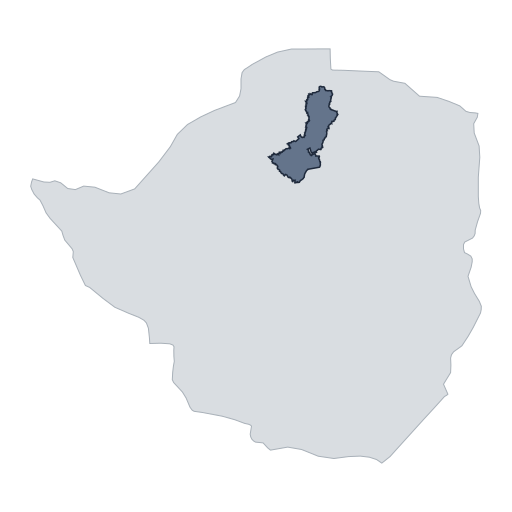 Makonde, Mashonaland West, Zimbabwe shown in context
{"feature_id": "62879985B9452203972303", "entity_name": "Makonde", "entity_type": "district", "adm_level": 2, "iso_a3": "ZWE", "parent_name": "Zimbabwe", "parent_adm1": "Mashonaland West", "projection": "mercator", "projection_center": [29.982, -17.062], "detail": "fine", "context": "in_parent", "style": "filled", "palette": "slate", "viewbox_px": 512, "rotation_deg": 0, "n_neighbors": 0, "source": "geoboundaries", "source_scale": "gbopen_adm2", "svg_char_len": 8036}
<svg xmlns="http://www.w3.org/2000/svg" viewBox="0 0 512 512"><path d="M381.8,463.1L376.5,459.5L369.4,457.2L360.2,456.1L348.4,456.6L333.9,458.5L318.2,456.2L301.6,449.5L287.7,447.1L271.2,450.0L270.4,450.1L267.6,447.8L263.1,442.9L255.5,442.1L253.5,440.9L251.8,439.1L250.7,436.8L250.2,434.2L251.5,426.2L250.8,425.3L248.8,424.3L244.7,423.4L234.7,419.7L222.2,416.2L201.9,412.4L194.1,411.3L192.2,410.2L190.0,407.2L186.1,398.0L182.4,392.0L173.7,382.6L172.3,379.7L172.7,372.3L173.4,366.3L174.3,361.3L173.9,356.5L173.8,350.6L174.0,346.7L172.9,345.0L169.7,343.8L160.7,343.2L149.8,343.5L149.4,337.5L148.4,328.2L146.4,322.9L143.9,320.2L138.8,317.3L128.7,313.3L114.9,307.3L103.1,298.5L89.6,287.4L85.4,285.5L80.4,275.2L72.8,257.5L73.3,251.6L72.1,248.8L64.8,240.1L63.1,235.6L61.8,231.1L50.1,218.4L46.1,212.9L43.0,205.8L40.0,200.1L37.4,197.8L34.1,194.0L31.8,189.6L30.7,186.3L31.6,181.9L32.7,178.9L43.9,182.0L50.0,182.3L54.8,180.8L60.7,182.8L67.7,188.5L75.4,189.6L83.7,186.1L94.9,187.2L109.1,192.8L120.8,194.0L134.7,188.9L147.2,174.9L158.9,161.8L170.4,146.6L177.3,134.4L187.5,124.5L200.9,116.8L214.6,110.4L235.5,102.5L239.6,96.0L241.0,88.8L241.0,79.0L242.1,72.6L244.3,69.6L247.8,67.4L252.2,64.4L266.0,56.9L277.5,52.1L291.6,49.0L306.9,49.0L321.7,48.9L330.1,48.9L330.3,58.4L330.9,69.1L332.6,70.1L343.7,70.3L361.6,71.1L378.8,71.8L389.8,79.6L393.5,81.2L404.9,83.3L419.5,96.2L437.1,97.4L449.2,101.5L459.8,105.9L465.9,111.3L469.9,112.5L475.3,112.9L477.9,113.4L477.3,117.2L473.7,123.7L474.2,133.0L479.1,146.0L479.8,157.3L478.3,177.2L478.3,196.5L478.8,203.4L479.6,208.0L480.7,210.5L480.5,213.4L477.6,221.5L475.2,230.1L475.1,233.5L474.2,235.9L472.5,238.1L464.8,242.0L463.5,244.5L463.5,248.9L464.5,252.6L467.4,254.0L470.8,256.1L472.2,258.9L472.2,261.8L471.1,267.3L468.0,276.3L471.1,286.7L474.5,293.5L479.3,301.3L481.3,306.2L481.2,309.6L480.5,313.0L473.3,327.3L468.2,336.2L461.9,345.8L453.6,351.8L451.5,354.7L450.6,358.0L450.9,365.1L450.6,372.6L443.5,384.2L447.9,394.2L446.9,395.1L444.5,396.5L434.3,407.8L423.9,419.1L416.4,427.4L407.8,436.9L398.2,447.5L390.0,456.6L381.8,463.1Z" fill="#d9dde1" stroke="#a8b0b8" stroke-width="1"/><path d="M320.8,149.6L321.1,149.2L321.0,148.5L321.5,147.9L321.9,147.6L322.4,147.7L322.7,147.5L322.6,146.9L322.1,146.7L322.0,146.4L322.0,146.1L322.4,145.8L321.9,144.2L322.6,143.2L322.7,142.6L323.1,141.9L323.0,140.3L324.2,139.8L324.4,138.4L325.1,138.0L325.1,137.4L325.5,137.1L326.3,136.7L326.3,136.2L326.5,135.6L326.3,135.1L326.7,134.4L326.8,133.1L326.5,131.3L326.8,130.8L327.2,130.7L326.8,130.2L326.8,129.6L327.1,129.3L327.0,129.1L327.9,128.5L329.0,128.6L328.9,127.8L328.3,127.7L328.7,127.0L328.1,126.7L328.1,126.4L328.7,125.8L329.0,125.1L329.5,124.6L330.1,124.4L330.6,123.5L331.4,123.4L331.7,123.6L331.7,122.7L331.8,122.3L331.8,121.6L332.0,121.3L332.6,121.5L333.9,121.3L334.0,120.3L334.6,119.8L335.0,119.8L335.3,119.4L335.5,118.7L335.3,118.1L336.5,116.7L336.7,116.1L337.4,115.3L337.2,114.8L337.8,114.4L337.6,114.1L337.2,114.1L337.3,113.5L336.8,112.4L337.0,111.5L336.3,111.7L336.0,111.2L334.5,110.9L333.6,110.4L333.1,110.4L332.7,110.0L331.7,109.9L331.2,109.3L330.8,109.5L330.5,109.4L330.1,108.7L330.1,108.0L329.1,107.1L328.8,106.2L329.1,105.0L329.6,104.4L329.2,103.9L329.7,103.3L329.7,102.3L330.1,102.1L330.2,101.5L330.8,101.4L330.6,99.9L330.9,99.3L330.8,98.7L331.2,98.2L331.3,97.5L330.7,96.8L331.4,96.4L331.4,96.0L331.7,95.9L332.3,95.0L332.6,94.1L332.1,93.6L332.0,92.8L331.4,91.8L331.6,91.5L331.5,91.3L331.5,90.8L328.9,90.6L328.0,90.9L327.1,90.6L325.8,90.6L325.5,90.3L325.6,89.9L325.4,89.5L324.7,89.2L324.7,87.9L324.3,87.1L323.2,86.7L321.9,87.0L321.3,86.5L320.8,86.3L319.8,86.5L319.2,87.0L319.2,88.4L319.6,89.0L319.1,89.4L319.4,90.2L319.3,90.7L318.7,91.4L316.7,91.8L315.6,92.6L312.5,92.8L311.9,93.8L312.2,94.4L312.0,94.7L311.0,94.4L310.1,93.7L309.9,94.3L308.9,94.1L309.1,94.7L308.9,95.6L308.7,95.7L308.2,95.5L307.8,96.1L308.0,96.4L308.5,96.6L308.3,97.0L308.6,97.4L308.4,97.5L308.0,97.3L307.6,97.6L307.7,99.4L307.1,99.8L307.4,100.0L307.1,100.3L306.8,100.1L306.8,100.8L306.6,100.9L306.4,100.8L306.1,101.0L306.0,101.7L305.7,101.6L305.9,102.0L306.7,102.3L306.3,103.2L306.8,103.3L306.9,103.7L306.2,103.9L306.0,104.3L306.0,105.1L306.3,105.7L305.7,106.1L306.1,106.6L305.6,107.0L306.0,107.7L306.0,108.2L305.8,108.2L305.8,108.6L305.3,109.6L305.8,110.0L305.9,110.4L305.7,110.6L306.4,111.3L306.3,111.7L306.9,112.4L306.9,112.9L307.4,112.5L307.6,112.5L307.5,113.1L308.0,114.3L308.0,115.0L307.8,115.2L308.4,115.6L308.4,116.4L308.8,116.4L308.8,116.9L309.1,117.0L308.9,118.9L309.1,119.4L308.6,119.7L308.7,120.0L309.2,120.4L308.4,120.8L308.3,121.1L308.6,121.4L307.6,121.6L307.8,122.0L307.3,122.1L307.3,122.6L306.8,122.7L307.0,123.0L306.1,123.1L306.8,123.8L306.2,124.2L306.4,124.7L306.2,125.1L306.3,125.3L306.0,125.6L305.9,126.4L306.3,126.8L305.8,127.2L306.7,127.8L306.3,128.3L306.3,128.8L306.1,128.8L306.2,129.1L305.9,129.3L306.1,129.5L305.8,129.8L305.9,130.1L305.7,130.2L305.7,130.7L305.4,131.1L305.6,131.6L305.3,131.9L305.4,132.1L305.0,132.8L304.7,132.9L305.0,133.8L304.5,134.4L305.0,135.2L304.5,135.2L304.4,135.9L304.6,136.2L304.5,136.4L304.2,136.3L304.2,136.6L304.0,137.3L303.5,137.1L303.1,137.3L302.5,137.2L302.2,137.5L301.8,137.2L301.4,137.1L300.6,135.8L300.3,134.9L297.7,136.9L298.9,138.6L295.7,141.5L293.9,140.8L293.7,141.3L293.2,141.6L292.7,141.5L292.1,141.8L291.7,141.7L291.3,142.6L291.0,142.8L290.7,142.6L290.3,142.6L290.0,142.9L289.9,142.7L289.4,142.8L288.7,143.3L288.4,143.1L288.0,143.8L287.9,143.5L287.6,143.7L287.8,143.8L287.6,143.9L288.3,144.2L288.3,144.4L288.5,144.3L288.8,145.0L289.1,145.1L289.0,145.3L289.3,145.5L289.1,145.8L289.4,146.8L289.9,146.9L290.0,147.2L290.3,147.4L290.4,147.7L289.9,147.6L290.0,147.9L289.8,147.9L289.8,148.1L289.5,147.9L289.4,148.4L288.9,148.0L287.6,148.7L286.0,148.7L285.4,149.4L284.8,149.6L284.6,149.9L284.6,150.1L284.1,150.3L283.8,150.8L283.2,150.3L282.8,151.3L282.1,151.6L282.1,152.2L281.2,152.2L281.3,152.4L280.9,152.8L280.4,152.2L280.2,152.3L279.8,152.6L280.0,152.7L279.9,153.0L279.7,152.8L279.7,153.1L279.5,152.9L279.5,153.1L279.2,153.1L279.2,153.3L278.9,153.2L278.8,153.3L278.8,153.5L278.5,153.5L278.5,154.2L278.2,153.8L278.4,154.4L277.8,154.1L277.8,154.3L277.2,154.3L277.4,154.5L277.1,154.5L277.3,154.8L276.8,154.5L276.7,154.8L276.2,154.6L276.0,154.3L275.4,154.4L273.8,153.2L273.6,153.7L273.8,154.0L273.5,154.1L273.6,154.6L273.0,154.8L272.3,154.5L272.1,154.6L272.4,155.1L272.0,155.3L271.6,155.8L271.7,156.3L271.5,156.7L271.0,156.5L270.3,156.6L270.1,156.3L269.6,156.4L269.5,157.0L268.6,157.0L268.9,157.4L269.8,157.8L270.1,158.5L270.7,159.0L271.8,159.4L272.9,159.0L272.7,159.9L271.9,161.3L272.7,162.6L272.5,162.9L272.9,163.1L273.2,163.0L273.6,163.3L273.9,163.1L274.3,163.4L274.2,163.8L274.5,163.9L275.5,163.6L275.8,164.1L275.5,164.3L275.5,164.7L276.7,164.9L277.0,165.2L277.8,166.3L277.4,166.9L277.6,167.4L277.3,167.9L277.4,168.4L277.9,168.8L278.1,169.4L279.2,169.6L279.7,170.2L279.7,170.5L279.5,171.2L280.7,171.7L280.9,172.6L281.6,173.5L282.5,173.5L283.0,173.9L283.4,174.9L284.0,175.1L284.0,175.6L284.4,175.9L285.0,175.2L285.3,174.5L285.7,174.4L285.9,174.7L286.9,175.0L288.2,177.3L289.3,177.7L289.8,177.1L290.7,177.7L290.9,178.3L291.7,178.9L292.1,179.9L292.1,181.0L292.8,181.6L293.7,180.2L294.2,180.4L295.1,180.3L294.8,181.2L295.1,181.7L294.8,182.6L294.9,182.9L296.4,182.6L296.8,182.1L297.3,181.8L297.5,181.8L297.7,182.5L298.0,182.5L299.3,182.3L300.5,180.4L301.4,180.0L303.2,178.6L303.6,177.8L304.2,177.2L304.2,176.5L304.7,173.9L306.6,170.5L307.8,169.6L307.8,169.3L319.5,167.2L320.0,166.4L320.0,165.8L320.4,165.1L320.3,163.3L320.1,162.7L320.5,162.2L320.3,161.7L319.7,161.3L319.4,159.3L318.8,159.0L318.6,158.2L318.6,157.7L319.1,157.6L319.1,157.1L319.4,156.5L319.3,156.1L315.8,156.0L315.9,155.5L315.3,154.5L314.5,153.7L312.5,154.6L312.0,154.4L311.6,155.6L311.2,155.6L310.7,154.9L310.3,154.8L310.0,154.2L310.1,153.8L309.5,153.3L309.3,152.2L308.9,151.9L308.5,152.0L308.5,150.2L307.4,149.3L309.9,148.0L311.3,152.5L312.6,153.3L312.9,152.5L314.5,152.2L314.9,151.8L315.7,152.7L316.5,152.2L315.9,151.5L316.8,150.5L317.4,150.3L318.4,149.2L320.8,149.6Z" fill="#64748b" stroke="#1e293b" stroke-width="1.5"/></svg>